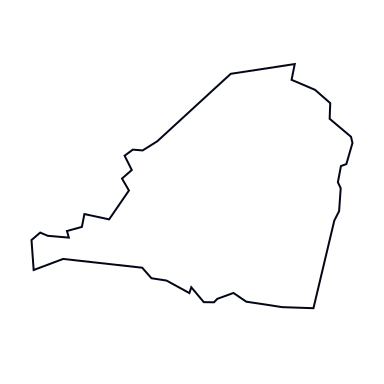 outline of Lewis, West Virginia, United States of America, rotated 87°
{"feature_id": "52423323B98686556304420", "entity_name": "Lewis", "entity_type": "district", "adm_level": 2, "iso_a3": "USA", "parent_name": "United States of America", "parent_adm1": "West Virginia", "projection": "albers", "projection_center": [-80.482, 38.948], "detail": "fine", "context": "isolated", "style": "outline", "palette": "ink", "viewbox_px": 384, "rotation_deg": 87, "n_neighbors": 0, "source": "geoboundaries", "source_scale": "gbopen_adm2", "svg_char_len": 710}
<svg xmlns="http://www.w3.org/2000/svg" viewBox="0 0 384 384"><g transform="rotate(87 192 192)"><path d="M261.6,354.2L252.1,324.2L257.6,290.7L265.0,245.7L276.0,237.0L279.1,222.1L292.8,199.9L287.1,197.7L302.6,186.0L303.3,175.8L300.0,172.3L295.0,155.9L304.4,143.5L308.4,123.7L311.7,108.0L314.4,76.8L228.0,51.4L218.8,46.1L196.0,43.3L189.9,45.8L173.9,41.9L172.2,36.4L151.5,29.2L145.2,30.3L126.1,50.7L110.5,49.3L96.4,63.8L85.2,86.7L69.6,82.7L76.0,147.1L89.4,163.4L139.5,224.0L147.9,239.1L146.6,248.9L152.2,257.4L166.9,251.0L174.9,261.2L187.2,254.9L215.0,276.2L208.4,300.6L221.1,303.8L224.4,318.9L231.1,317.4L228.2,338.3L224.6,345.7L231.6,354.8L261.6,354.2Z" fill="none" stroke="#020617" stroke-width="2"/></g></svg>